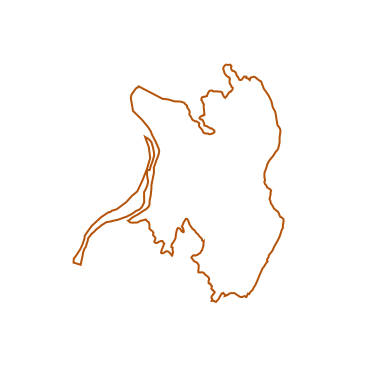 Al-Qusia, Asyut, Egypt, rotated 219°
{"feature_id": "37247803B63984136807861", "entity_name": "Al-Qusia", "entity_type": "district", "adm_level": 2, "iso_a3": "EGY", "parent_name": "Egypt", "parent_adm1": "Asyut", "projection": "mercator", "projection_center": [30.825, 27.426], "detail": "fine", "context": "isolated", "style": "outline", "palette": "amber", "viewbox_px": 384, "rotation_deg": 219, "n_neighbors": 0, "source": "geoboundaries", "source_scale": "gbopen_adm2", "svg_char_len": 6109}
<svg xmlns="http://www.w3.org/2000/svg" viewBox="0 0 384 384"><g transform="rotate(219 192 192)"><path d="M223.6,129.5L220.9,129.5L219.3,130.4L216.0,133.3L215.1,134.1L214.3,136.2L213.9,137.1L211.4,140.4L210.7,141.6L208.9,141.2L206.4,141.2L204.3,139.6L201.9,136.6L198.1,136.6L196.9,136.2L196.5,136.2L195.2,134.1L194.0,133.7L193.2,133.7L191.5,133.3L190.7,132.0L190.3,130.3L189.8,129.5L188.2,129.5L186.9,130.7L186.5,132.4L186.1,132.8L185.3,134.5L184.5,134.9L184.0,135.3L182.0,134.5L181.1,134.5L180.3,132.0L180.3,131.6L179.9,130.7L179.5,129.5L179.1,127.8L177.8,125.3L177.0,125.3L175.8,126.5L174.9,129.5L174.1,130.3L172.9,130.7L170.4,130.7L167.5,129.9L167.5,130.3L168.3,132.0L168.7,133.2L169.9,134.1L170.8,134.9L172.0,136.6L173.3,136.2L174.5,137.8L174.9,139.1L174.9,141.2L175.3,143.7L175.3,144.1L175.8,145.8L178.2,149.6L179.5,152.1L179.9,153.3L180.3,154.2L180.3,155.0L179.9,155.0L179.5,155.4L178.7,155.9L177.4,155.9L175.8,155.0L175.3,155.4L174.1,155.0L173.3,155.4L173.3,155.8L174.5,157.1L175.8,157.9L176.6,158.4L178.2,158.8L178.2,159.6L178.7,160.9L179.1,162.5L179.5,163.4L179.5,165.1L179.9,166.7L179.9,167.2L179.1,168.0L177.4,167.6L174.5,165.9L173.3,165.1L168.7,163.8L165.4,163.8L163.3,162.9L160.8,162.9L157.9,162.1L156.7,162.1L154.6,161.7L153.8,160.8L152.1,160.8L151.7,160.0L151.7,160.8L149.6,157.9L147.6,153.3L147.6,151.2L147.2,149.9L148.4,146.2L149.6,144.5L150.1,144.5L151.3,143.3L151.3,140.7L150.1,140.3L146.7,139.5L145.5,139.9L144.7,139.9L143.8,140.3L142.2,139.9L140.9,139.5L138.9,137.0L138.0,135.3L136.4,133.6L134.7,134.9L133.5,136.1L131.8,136.5L129.7,136.1L125.6,136.1L123.9,135.3L123.1,133.2L121.5,131.5L120.6,131.9L120.2,132.3L118.6,131.5L117.3,131.5L116.1,129.0L115.2,129.0L114.4,128.6L114.0,129.0L112.7,128.6L111.5,128.6L111.1,128.1L111.1,123.5L110.7,122.3L109.8,121.8L108.6,121.4L108.2,119.8L106.9,121.0L106.1,121.0L104.2,121.7L104.4,122.3L104.0,123.9L104.0,126.4L104.5,127.7L104.5,128.5L104.9,130.2L104.9,132.3L104.0,132.7L104.0,133.2L103.2,133.1L102.0,132.7L101.1,133.1L100.9,132.1L100.1,133.4L99.7,134.3L99.2,135.5L99.2,136.0L98.4,137.6L98.0,138.1L96.8,138.9L95.5,140.1L90.5,140.6L89.3,140.6L88.1,141.0L86.8,142.2L85.6,144.3L83.9,144.3L83.6,144.5L84.6,148.2L83.3,148.6L83.7,150.7L83.3,154.1L83.7,155.3L84.2,159.5L85.4,164.1L87.1,169.6L89.1,177.1L89.1,179.2L89.6,183.4L89.6,185.5L90.0,185.5L91.2,186.7L91.2,187.6L91.6,189.7L92.5,191.3L92.5,195.9L92.9,198.5L93.7,201.0L95.0,208.9L95.8,212.3L97.5,216.9L98.3,218.6L98.7,221.1L100.8,224.0L102.4,226.9L104.1,228.6L107.0,228.6L107.8,228.2L112.4,230.7L117.8,230.7L120.7,232.0L123.6,232.8L125.6,234.5L127.3,235.3L129.8,240.3L130.6,240.8L131.4,242.9L133.1,243.3L133.5,243.3L135.2,242.9L136.8,242.9L138.1,243.7L139.3,244.1L140.1,244.1L141.6,244.9L142.2,245.4L142.6,247.1L145.1,249.1L146.4,250.8L146.8,251.2L148.0,252.9L148.8,255.8L150.1,259.2L150.9,260.9L151.7,264.6L151.7,272.2L152.2,275.1L152.2,279.7L155.1,285.6L158.4,289.7L161.7,295.2L163.3,296.4L165.4,297.3L167.5,297.7L169.5,299.4L173.7,303.1L174.5,304.0L176.6,305.7L178.2,306.9L182.4,308.6L187.3,312.4L192.5,314.9L196.0,316.1L201.0,317.4L207.6,321.2L207.9,321.4L210.2,321.0L211.2,320.9L212.8,321.1L213.4,320.8L214.4,321.1L215.5,320.9L216.7,320.3L218.5,317.6L217.6,315.3L220.0,315.5L221.4,314.7L222.3,315.8L224.1,314.6L224.1,314.1L224.1,310.4L224.7,309.6L225.9,309.0L227.7,309.9L228.7,310.3L229.6,310.5L230.1,310.4L231.9,311.5L233.5,312.4L235.5,312.3L237.0,311.6L238.3,312.0L239.1,312.4L240.0,313.2L240.4,314.6L241.6,314.9L242.4,315.0L244.1,313.3L245.7,312.5L246.1,311.2L246.1,309.1L245.3,307.4L244.5,307.0L244.1,306.6L242.8,305.8L241.6,304.9L239.1,304.1L236.2,304.1L234.9,304.5L233.7,303.7L233.7,303.2L232.9,302.4L232.5,301.6L231.2,300.3L229.6,299.5L228.7,299.5L227.5,298.6L225.8,298.6L225.0,297.0L225.0,294.4L225.4,294.4L225.8,292.8L225.8,291.1L225.4,289.4L225.4,286.1L227.1,286.1L228.7,286.9L230.0,287.3L230.8,288.2L232.5,288.2L236.2,285.7L238.7,283.6L239.9,283.6L241.2,282.8L242.0,281.5L242.0,279.8L241.2,276.9L241.2,276.5L240.8,276.1L241.6,274.8L242.0,274.0L242.8,273.6L243.2,272.7L243.7,272.3L243.7,271.1L243.2,270.6L243.2,270.2L242.8,269.4L241.2,269.0L238.7,267.7L237.9,267.7L237.0,266.0L230.8,259.7L231.2,258.9L231.7,258.9L232.1,257.2L232.5,256.8L232.9,255.6L232.9,255.1L232.5,253.9L230.8,253.9L229.6,254.7L228.3,254.3L226.7,253.4L226.3,253.4L224.2,251.4L221.7,252.6L220.1,252.6L218.8,253.0L217.6,253.0L216.8,253.8L213.4,253.8L212.2,252.6L212.2,252.1L212.6,251.3L213.0,250.1L213.9,248.8L215.1,247.6L216.3,247.6L217.2,246.7L218.0,246.3L219.2,245.5L220.9,245.5L222.1,246.3L225.4,247.2L226.7,247.2L227.9,247.6L228.8,248.4L229.2,249.7L230.0,250.1L232.9,249.7L233.3,249.7L234.1,248.9L237.0,248.4L238.3,248.9L239.9,249.7L242.8,250.5L244.1,252.6L244.5,253.1L247.4,254.3L249.0,254.7L250.3,256.0L252.4,256.0L254.4,256.4L256.5,255.6L258.2,254.8L261.5,252.3L262.7,251.4L268.9,248.9L270.6,247.7L272.0,247.1L273.1,246.0L300.0,240.5L299.9,239.0L300.4,238.5L300.7,237.6L300.7,236.2L300.3,229.7L298.7,226.5L288.9,217.9L276.5,216.7L267.4,214.9L262.4,213.3L259.2,211.4L251.8,208.2L245.3,204.8L243.4,203.3L242.6,202.3L241.1,199.0L239.6,194.1L238.0,190.0L237.1,186.9L235.7,185.5L233.7,183.0L227.9,171.9L225.7,169.1L221.8,163.1L219.3,158.3L217.3,155.8L216.6,154.1L216.6,152.3L216.7,150.3L218.0,146.8L219.5,141.5L220.8,138.4L222.4,134.4L223.1,130.5L223.6,129.5ZM263.1,205.3L253.7,199.6L245.9,192.1L241.6,181.8L237.7,169.5L234.9,157.9L236.2,151.7L236.7,142.9L239.6,131.4L240.4,130.0L242.5,127.1L243.1,124.5L244.1,123.9L246.8,115.2L248.6,102.6L248.3,96.4L247.8,90.6L246.2,88.1L243.9,81.7L242.8,77.1L242.0,69.5L241.9,65.7L239.6,62.6L232.7,65.4L235.0,69.7L236.4,72.7L238.5,76.3L239.8,79.8L240.1,82.8L241.4,85.9L242.1,87.9L243.6,90.7L243.7,96.2L243.1,99.3L242.8,103.0L242.1,105.8L241.3,109.6L239.4,115.0L237.0,117.4L235.0,120.3L232.3,123.5L227.2,131.9L225.0,136.9L223.5,142.3L222.0,144.8L221.6,147.3L221.6,149.6L222.7,153.9L226.7,158.7L229.2,161.8L229.7,164.9L230.8,168.8L232.7,172.5L235.1,174.6L237.2,176.5L238.9,178.3L240.2,180.3L239.9,181.4L238.7,182.4L240.2,185.7L242.0,191.1L244.4,196.6L246.0,198.4L249.4,201.3L252.2,203.4L254.9,205.2L258.8,205.9L263.1,205.3Z" fill="none" stroke="#b45309" stroke-width="2"/></g></svg>